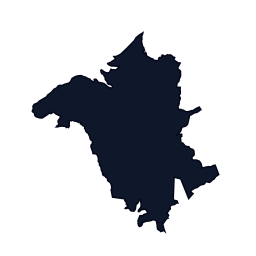 Las Vigas de Ramírez, Veracruz, Mexico (orthographic projection), rotated 100°
{"feature_id": "50627088B43841606180493", "entity_name": "Las Vigas de Ramírez", "entity_type": "district", "adm_level": 2, "iso_a3": "MEX", "parent_name": "Mexico", "parent_adm1": "Veracruz", "projection": "orthographic", "projection_center": [-97.091, 19.617], "detail": "fine", "context": "isolated", "style": "filled", "palette": "ink", "viewbox_px": 256, "rotation_deg": 100, "n_neighbors": 0, "source": "geoboundaries", "source_scale": "gbopen_adm2", "svg_char_len": 5776}
<svg xmlns="http://www.w3.org/2000/svg" viewBox="0 0 256 256"><g transform="rotate(100 128 128)"><path d="M207.6,116.8L207.8,116.2L207.0,114.4L207.0,113.6L207.5,112.3L207.9,111.8L208.7,111.4L209.0,110.8L208.9,107.8L207.3,106.9L206.5,106.7L202.1,106.8L200.4,105.4L198.3,104.7L196.6,104.7L195.9,104.4L196.8,103.2L199.0,102.6L199.3,102.1L202.2,101.6L203.8,101.6L206.2,102.8L207.0,103.4L208.5,103.3L208.6,102.9L208.4,102.6L207.7,102.0L207.4,101.5L206.1,100.6L204.9,96.6L207.3,94.4L208.1,94.1L208.8,94.2L209.3,94.9L210.2,97.1L211.9,98.5L212.2,101.0L217.1,102.0L218.1,102.0L219.0,101.5L220.3,101.5L220.7,101.0L221.7,101.0L222.6,100.1L223.0,99.4L222.7,98.8L221.7,97.7L219.8,97.2L218.7,97.3L216.7,93.9L215.5,89.9L213.9,87.3L213.9,86.2L214.4,84.0L217.9,82.6L221.4,81.7L222.6,81.1L222.7,80.3L223.2,79.9L223.6,78.7L224.3,77.6L222.9,75.4L222.8,74.8L223.4,73.8L220.4,75.5L216.2,77.2L215.8,76.7L211.1,74.5L210.0,73.6L209.8,72.9L209.5,73.1L209.3,73.5L209.0,73.6L208.1,73.3L207.3,72.8L206.3,73.3L206.1,73.9L205.1,74.5L204.9,75.0L204.7,75.0L203.0,73.7L202.0,73.7L200.5,72.3L200.2,72.3L198.9,72.9L198.0,72.9L197.1,72.5L196.1,71.1L195.3,69.0L193.5,67.2L193.2,66.6L193.2,65.9L191.4,66.9L191.2,68.9L191.5,69.5L191.1,70.4L189.5,71.2L168.5,74.1L168.9,67.2L187.0,56.0L181.3,52.5L180.5,54.3L180.4,55.6L178.0,54.4L175.5,51.7L174.8,50.0L174.0,49.0L172.9,48.3L172.4,47.5L171.1,46.3L171.0,45.3L170.1,43.4L167.3,41.9L167.4,38.3L166.8,37.5L164.7,36.0L163.0,34.2L160.8,33.3L158.1,30.6L149.5,35.7L150.1,37.5L151.8,39.5L152.2,42.5L154.6,48.2L153.4,48.4L151.9,49.5L151.2,49.4L149.6,50.6L148.3,52.0L147.8,54.2L147.8,56.2L148.1,56.8L148.2,58.6L147.8,59.3L147.3,59.4L146.7,60.2L145.3,59.8L143.0,58.2L140.2,58.8L138.7,59.4L137.9,60.5L137.7,61.3L137.6,62.7L137.3,63.5L135.8,64.9L136.1,66.5L135.8,67.8L135.9,68.4L133.2,71.6L133.7,72.8L133.7,73.2L128.3,74.7L127.9,74.6L126.8,73.6L126.0,74.1L125.3,73.8L124.9,74.0L124.8,74.4L125.2,75.5L125.3,76.8L126.0,78.2L125.2,77.9L123.4,76.4L122.1,75.7L121.1,75.4L119.4,75.4L117.5,74.5L116.5,72.2L115.4,70.9L113.9,70.0L106.6,69.6L105.5,69.9L101.5,65.1L100.5,62.7L98.2,60.3L97.8,60.2L97.3,59.4L95.0,61.4L95.8,62.7L97.3,64.7L99.7,67.2L99.8,68.2L101.5,71.5L101.8,72.8L101.7,74.9L100.9,76.2L100.8,78.3L100.5,79.1L101.0,81.1L100.0,81.9L97.6,82.8L97.1,82.1L96.6,82.0L96.4,82.3L95.1,81.8L94.8,82.0L93.3,82.2L91.6,82.1L91.2,81.7L90.5,81.9L89.8,81.7L89.4,82.3L88.8,82.0L88.3,82.7L87.2,83.4L86.7,83.4L86.4,83.0L85.6,82.6L83.2,82.7L81.8,83.3L78.9,83.6L78.9,84.5L79.4,86.3L78.9,87.6L77.4,87.3L76.6,87.6L75.3,87.4L74.8,87.0L74.4,87.3L73.1,86.0L70.4,86.0L69.6,85.6L67.4,85.3L62.9,86.2L62.2,87.1L60.7,89.7L55.0,87.9L55.0,89.2L55.3,90.4L54.2,91.6L54.2,92.8L53.3,93.6L53.2,94.9L52.7,95.2L50.9,94.2L50.4,94.3L50.2,95.3L50.3,96.1L49.6,97.3L49.1,97.4L48.7,98.7L49.0,99.7L48.8,100.0L49.3,101.0L49.1,101.9L49.4,102.0L49.5,102.6L51.1,104.0L50.9,104.9L50.5,105.1L50.2,106.2L50.2,106.8L50.5,107.1L51.2,107.3L51.6,107.0L53.0,107.2L52.8,108.0L53.0,109.0L53.4,109.5L53.9,109.8L55.4,109.4L56.1,110.0L56.5,111.1L56.9,113.3L56.8,114.3L56.0,114.9L55.6,116.0L55.6,117.0L54.0,121.7L53.6,122.3L51.7,123.0L50.9,123.5L52.0,123.8L51.5,125.2L51.0,125.1L49.5,126.6L48.9,125.2L45.9,126.7L45.3,127.6L44.1,128.3L39.6,130.0L39.1,129.9L38.6,129.6L35.6,130.3L34.8,130.7L34.4,130.6L33.9,130.1L31.7,129.9L34.6,133.1L37.5,135.6L40.9,136.9L50.0,143.1L55.9,147.5L57.3,148.8L59.7,152.3L60.1,154.3L61.2,153.2L61.7,152.4L62.8,152.7L65.0,155.2L66.4,156.4L67.0,157.8L68.0,159.2L68.7,158.7L69.6,156.3L69.8,154.9L69.3,152.3L69.3,150.8L69.0,149.7L68.7,147.1L72.1,149.3L72.9,150.2L73.1,151.2L73.3,153.6L73.1,155.0L76.2,155.7L77.2,157.3L77.4,158.5L77.0,160.8L75.3,164.2L76.0,164.8L77.7,164.2L79.0,163.2L79.6,161.3L81.1,160.4L82.3,159.1L83.6,159.0L84.5,158.5L85.8,156.9L87.0,156.1L87.7,155.8L88.2,154.9L88.3,153.9L88.2,153.0L88.4,152.8L88.7,151.6L89.4,150.6L89.8,150.5L91.2,150.5L91.6,151.4L91.3,154.0L91.0,154.8L88.6,159.0L88.2,160.8L88.2,164.7L87.6,165.7L86.7,166.5L85.7,167.8L85.6,168.3L86.0,169.7L86.3,169.7L86.8,169.3L88.8,169.3L89.1,169.5L88.0,171.6L87.7,173.0L86.7,173.6L86.3,175.0L86.3,175.9L85.3,178.6L85.2,180.5L84.6,182.9L84.6,183.6L85.3,186.3L86.5,188.8L89.0,191.7L92.0,192.5L93.9,193.8L96.1,198.2L97.5,200.1L98.0,203.0L98.9,204.3L100.8,205.1L102.9,207.8L105.0,208.9L107.3,210.7L109.5,212.9L111.5,213.6L116.8,219.9L118.8,221.3L119.6,222.2L121.1,224.6L121.8,224.7L123.1,225.4L125.4,224.6L127.7,225.2L128.3,225.0L128.8,224.4L129.3,222.9L132.0,221.8L132.7,220.7L133.1,219.3L133.4,216.3L132.9,214.1L129.1,210.0L127.0,208.1L127.2,206.6L127.1,206.0L125.1,204.5L126.8,201.1L128.0,196.7L129.1,196.5L130.0,196.6L132.9,198.1L134.5,197.8L135.4,196.7L135.8,196.8L137.1,197.2L138.4,198.4L139.0,198.3L139.3,198.6L139.2,197.7L138.0,195.2L137.9,194.4L137.4,192.9L137.5,192.2L137.3,189.6L137.6,189.1L138.2,188.9L137.6,187.0L137.8,186.6L135.8,186.1L134.8,186.6L133.8,186.6L132.3,187.0L131.4,186.9L130.8,186.6L130.6,186.0L130.7,184.8L130.1,184.5L130.0,183.9L130.4,182.2L130.5,179.1L131.0,177.9L130.8,177.9L130.7,177.0L130.5,176.8L130.4,176.0L131.2,175.0L132.1,175.6L132.8,173.8L133.5,173.1L133.8,171.5L134.8,170.4L135.4,170.8L135.9,170.7L137.1,169.6L138.4,169.0L139.5,167.9L139.7,167.0L140.2,166.3L142.5,164.6L146.0,162.9L146.8,161.0L147.4,160.6L149.5,160.5L150.4,160.7L150.8,161.2L151.7,161.4L152.6,161.2L153.4,161.0L157.9,158.4L159.2,158.1L159.1,154.5L160.8,153.0L162.5,152.1L163.7,151.7L165.9,151.5L167.7,149.9L168.3,149.7L169.3,149.8L171.2,147.8L173.7,147.1L175.0,146.4L175.6,145.4L176.6,145.4L178.5,144.6L178.9,144.0L179.6,141.8L180.4,141.3L180.4,140.3L180.6,140.0L183.5,138.7L184.4,136.9L184.3,136.4L186.2,135.0L187.2,134.4L190.0,133.5L190.9,133.5L191.6,133.9L198.8,131.2L198.3,118.7L200.1,118.5L200.7,117.4L202.7,116.4L203.6,116.3L204.0,114.5L205.8,115.2L206.9,116.4L207.6,116.8Z" fill="#0f172a" stroke="#020617" stroke-width="1.5"/></g></svg>